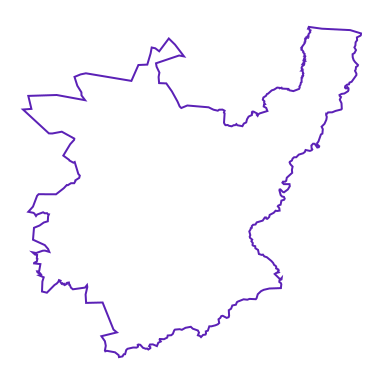 Cadereyta de Montes, Querétaro, Mexico
{"feature_id": "50627088B20540299912317", "entity_name": "Cadereyta de Montes", "entity_type": "district", "adm_level": 2, "iso_a3": "MEX", "parent_name": "Mexico", "parent_adm1": "Querétaro", "projection": "mercator", "projection_center": [-99.561, 20.791], "detail": "fine", "context": "isolated", "style": "outline", "palette": "violet", "viewbox_px": 384, "rotation_deg": 0, "n_neighbors": 0, "source": "geoboundaries", "source_scale": "gbopen_adm2", "svg_char_len": 5876}
<svg xmlns="http://www.w3.org/2000/svg" viewBox="0 0 384 384"><path d="M361.0,33.4L350.2,30.1L321.9,28.7L308.8,26.9L308.1,28.7L309.2,28.8L309.6,29.9L310.4,30.3L309.8,31.0L310.3,32.0L308.5,34.3L308.5,36.3L307.8,36.0L307.3,36.5L307.7,37.7L306.2,37.5L306.1,38.2L305.3,38.5L305.7,39.2L305.0,40.0L305.4,40.8L305.2,41.9L304.5,42.3L304.7,43.2L301.3,47.8L301.9,48.1L301.4,49.7L302.2,50.1L303.4,51.6L303.2,52.4L304.7,54.0L304.3,55.1L305.2,56.1L304.4,56.7L305.0,57.0L304.7,58.5L304.1,58.7L303.6,60.1L304.9,59.9L304.6,60.6L305.1,61.0L304.5,61.2L302.8,63.8L304.3,63.5L304.1,64.8L302.3,66.2L301.6,67.6L301.7,68.6L302.3,69.0L302.0,69.6L302.6,70.0L301.7,70.7L302.4,70.8L303.3,73.3L302.9,73.5L303.2,75.4L302.5,75.8L302.7,76.4L302.2,76.6L302.2,77.7L301.6,77.8L301.6,82.1L300.9,82.6L300.5,84.7L299.4,86.6L299.7,87.4L299.1,88.9L293.4,91.1L289.4,90.3L289.0,89.6L288.0,89.6L288.1,88.9L282.1,88.6L281.6,87.7L279.6,88.3L279.2,87.8L277.2,87.6L274.1,89.6L271.7,90.4L268.0,93.7L267.0,94.0L266.0,95.8L263.4,97.5L262.8,99.7L264.4,101.3L264.1,102.8L265.1,104.2L264.0,104.6L263.7,106.5L266.2,107.9L267.4,111.0L259.7,113.4L258.3,114.3L257.6,115.8L256.9,115.0L257.5,114.6L257.1,113.5L253.5,111.6L252.4,111.6L251.9,112.2L252.3,113.3L251.9,113.5L251.9,115.0L248.6,116.6L247.0,119.3L246.2,122.4L243.8,123.6L242.4,126.2L237.2,125.2L236.4,124.1L235.0,125.2L233.7,125.2L231.7,126.3L229.0,125.8L227.7,125.0L225.7,125.2L224.9,124.6L224.0,122.8L224.6,113.4L223.9,112.6L224.6,110.7L222.5,109.6L219.2,109.7L217.8,110.7L213.5,109.7L208.6,107.3L187.3,105.5L181.3,108.0L179.7,106.5L177.5,101.5L171.9,91.4L166.3,83.4L159.1,83.1L158.6,77.0L159.4,72.6L156.6,66.7L156.0,63.3L179.1,55.5L184.0,56.4L175.0,44.6L168.8,38.5L159.2,51.3L155.3,48.3L151.7,47.5L150.6,53.4L147.3,64.6L138.4,65.0L131.4,80.9L85.9,73.3L80.6,74.4L74.5,76.9L77.3,85.7L81.4,92.3L81.5,95.4L85.1,100.2L56.7,95.0L28.3,95.9L31.4,108.9L23.0,109.5L48.9,133.4L52.2,133.5L61.8,131.7L74.3,138.6L74.1,139.9L70.2,144.2L63.3,155.6L69.2,159.9L69.4,160.5L73.4,162.7L74.7,162.0L78.3,173.9L79.8,175.6L79.2,177.9L75.3,180.4L75.4,181.1L74.2,183.2L71.0,183.2L67.8,185.2L66.8,185.0L63.8,188.2L56.0,194.3L38.6,194.2L37.1,195.8L33.0,206.6L28.3,211.8L33.3,212.8L34.4,213.5L36.0,216.0L37.0,214.6L43.1,212.3L44.8,213.3L47.1,213.2L47.9,214.3L48.9,214.4L48.1,216.3L47.8,221.3L43.8,222.5L39.6,225.5L34.0,227.8L33.0,239.7L44.8,245.1L48.1,249.0L49.3,251.9L44.9,250.6L42.8,250.7L36.1,253.0L32.5,252.3L35.1,254.6L37.1,254.9L36.8,258.6L37.4,258.9L36.8,261.5L34.2,262.8L34.1,263.4L40.4,264.1L39.1,271.3L37.1,271.3L37.5,272.3L38.8,273.2L40.1,273.2L41.1,274.6L39.0,275.3L43.7,277.3L42.4,281.5L42.0,291.5L46.9,292.7L54.5,285.0L56.8,283.5L58.4,281.7L59.0,280.1L60.5,280.7L60.0,281.5L61.7,283.8L62.5,283.3L63.3,284.4L64.1,283.9L64.8,285.0L66.8,283.9L66.5,283.3L67.1,282.8L68.9,282.5L69.3,284.9L69.8,284.9L70.9,287.6L72.9,289.3L85.0,287.6L87.0,285.1L87.3,287.0L85.6,294.5L86.1,302.9L102.6,302.5L113.5,329.6L116.9,332.4L101.4,336.2L104.9,341.2L105.8,345.8L104.9,350.5L105.3,351.3L106.8,350.8L115.0,352.3L118.6,355.1L119.0,357.1L122.5,356.4L123.7,354.3L125.1,354.2L126.2,350.1L127.5,348.8L133.2,347.5L136.6,347.6L137.9,346.8L138.1,345.7L137.7,345.0L138.3,344.5L140.3,344.8L143.0,347.8L145.9,348.8L147.1,348.5L148.3,349.5L150.3,348.2L150.3,347.1L149.1,346.2L150.0,344.5L152.9,344.4L156.9,346.1L158.3,342.7L160.8,341.5L159.6,339.7L159.8,339.0L164.0,339.2L167.2,337.6L167.7,335.5L171.3,335.2L172.9,333.8L174.2,330.4L175.0,329.6L179.7,329.2L181.9,329.8L185.5,327.8L190.8,326.8L192.8,328.7L197.9,330.5L199.0,332.6L197.9,335.3L199.8,335.9L201.0,337.1L203.1,334.9L205.5,334.6L206.0,333.5L205.8,331.4L207.9,330.6L209.3,326.3L211.5,326.3L215.4,325.3L217.8,324.3L219.2,323.0L218.5,319.3L220.3,317.9L221.3,316.1L222.7,315.8L226.7,317.9L228.6,317.2L229.1,315.8L228.8,310.2L231.1,308.7L232.3,305.5L235.9,304.7L236.9,302.2L237.8,301.6L243.6,299.3L247.4,299.7L249.5,298.9L255.8,299.2L256.5,298.4L257.8,294.2L261.1,291.1L263.8,289.8L269.4,288.5L280.9,288.1L281.3,284.2L280.8,283.0L279.4,282.1L279.3,281.1L279.6,280.2L281.5,279.4L281.7,277.9L281.0,278.7L279.6,278.8L274.7,274.0L276.0,273.1L278.8,272.3L277.9,271.2L278.7,270.5L278.4,269.5L276.1,268.4L276.3,267.1L275.7,265.9L274.1,264.9L273.2,263.0L271.4,261.0L266.8,257.2L264.3,256.4L262.9,254.6L261.7,254.9L258.9,254.0L258.0,249.9L255.4,248.3L255.2,246.2L253.2,245.7L252.5,245.0L252.8,243.0L251.4,241.2L252.2,239.6L250.0,237.8L249.7,236.7L250.3,235.1L249.3,231.4L250.6,229.3L250.8,228.1L251.8,227.8L251.8,226.1L253.1,224.8L255.5,224.5L256.7,222.4L262.7,220.6L264.8,217.5L265.9,217.4L266.5,218.7L267.4,218.8L269.2,217.0L269.7,214.9L273.7,212.8L275.6,210.7L277.1,211.0L279.6,210.6L279.3,208.2L277.8,206.3L278.4,205.5L280.6,204.7L281.4,200.6L284.2,199.7L284.7,198.6L283.9,196.9L282.1,196.5L280.7,195.1L279.4,190.3L279.6,189.5L280.4,189.4L282.8,191.9L284.0,192.3L287.9,189.4L289.8,186.2L289.5,184.1L283.8,184.1L282.4,182.7L283.0,181.7L285.1,181.7L286.2,180.8L286.8,177.7L292.2,172.8L291.9,169.9L292.6,166.6L290.5,164.4L289.6,162.5L289.8,161.8L291.9,160.5L292.6,158.6L294.0,157.3L296.3,157.2L298.8,154.6L303.1,153.3L304.8,152.0L305.6,150.0L309.9,150.9L311.7,150.2L312.3,149.4L311.6,148.2L311.4,145.5L313.1,143.7L314.7,143.8L317.3,147.5L318.8,147.2L319.2,146.2L317.2,144.4L317.1,143.2L318.4,141.6L320.9,134.5L322.4,133.6L322.8,129.1L321.6,126.7L324.5,123.8L326.3,119.8L326.8,116.9L326.1,114.9L326.2,113.6L327.0,113.7L328.1,112.4L332.2,112.3L335.6,110.9L341.2,109.5L341.8,108.8L341.5,103.2L339.8,99.7L341.0,97.0L339.7,95.9L339.5,95.0L341.6,93.9L344.4,93.5L348.0,91.2L348.5,90.0L348.5,88.3L347.4,87.1L346.8,88.3L345.6,88.3L345.0,87.6L345.2,86.2L347.2,84.6L349.0,84.3L349.5,82.6L351.6,81.8L356.4,75.1L356.4,73.6L355.0,70.8L355.7,69.5L356.0,67.0L357.5,66.1L358.0,65.0L355.1,62.1L353.6,60.0L352.7,57.2L352.6,54.2L354.5,53.0L356.0,50.1L354.4,47.4L355.4,45.5L355.6,42.3L357.1,40.2L356.9,37.4L360.4,35.7L360.9,35.0L361.0,33.4Z" fill="none" stroke="#5b21b6" stroke-width="2"/></svg>